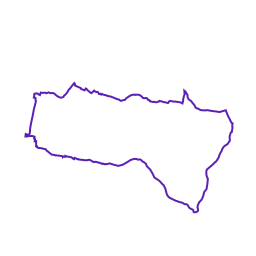 outline of Harseni, Brasov, Romania, rotated 291°
{"feature_id": "2599482B70771165019012", "entity_name": "Harseni", "entity_type": "district", "adm_level": 2, "iso_a3": "ROU", "parent_name": "Romania", "parent_adm1": "Brasov", "projection": "equal_earth", "projection_center": [25.04, 45.68], "detail": "fine", "context": "isolated", "style": "outline", "palette": "violet", "viewbox_px": 256, "rotation_deg": 291, "n_neighbors": 0, "source": "geoboundaries", "source_scale": "gbopen_adm2", "svg_char_len": 5562}
<svg xmlns="http://www.w3.org/2000/svg" viewBox="0 0 256 256"><g transform="rotate(291 128 128)"><path d="M169.8,224.0L169.9,223.0L171.3,221.2L173.0,219.5L174.8,217.3L179.6,212.9L175.6,207.6L175.3,205.6L173.8,199.5L173.1,195.7L172.1,193.8L171.1,190.7L170.8,189.6L171.1,186.9L171.1,184.3L171.7,183.3L172.6,182.5L173.6,181.1L174.3,179.5L175.7,177.5L176.3,175.1L176.6,174.2L178.4,172.4L180.0,171.8L182.6,168.5L183.0,167.2L179.9,168.7L179.1,168.8L178.6,168.8L177.5,168.8L176.6,169.0L176.1,169.0L175.5,169.1L174.8,169.2L173.8,169.5L172.9,169.8L172.2,169.9L171.3,169.9L170.5,170.0L170.7,168.3L170.7,167.4L170.4,166.5L170.2,165.4L170.1,164.6L169.8,163.7L169.6,162.5L169.3,161.8L168.9,160.8L168.7,159.7L168.6,158.6L168.5,157.8L168.2,157.3L167.2,156.7L165.9,156.6L165.6,156.3L165.5,155.1L165.3,153.2L165.1,152.9L165.0,152.1L164.8,151.3L165.0,150.2L164.9,149.6L164.6,148.5L164.3,148.2L164.5,147.5L164.0,147.2L162.8,146.3L162.4,145.6L161.9,144.3L162.0,143.4L161.6,142.7L161.4,142.5L161.4,142.1L161.1,141.4L161.0,140.7L161.1,139.7L160.8,138.7L161.5,138.3L161.6,137.0L161.6,136.1L162.4,135.6L162.6,134.7L162.3,133.7L161.6,132.3L161.4,131.2L162.3,129.5L162.7,128.3L162.9,126.8L162.8,125.5L162.3,124.6L161.9,123.3L161.4,122.8L161.5,122.0L161.2,121.5L160.3,119.9L159.7,119.1L158.7,118.3L158.0,117.6L157.4,117.3L155.3,115.8L154.7,115.5L153.2,115.1L152.3,113.5L150.9,111.9L150.7,111.3L151.4,109.3L151.1,108.6L151.1,108.4L151.1,108.0L151.1,107.8L151.0,107.2L151.2,106.7L151.1,105.9L151.1,104.8L151.2,104.2L151.2,102.8L151.1,101.8L151.2,100.8L151.2,100.3L151.0,99.6L150.8,98.8L150.6,98.1L150.8,97.8L150.6,96.9L150.7,96.7L150.8,96.3L150.5,95.6L150.6,94.8L150.4,94.3L150.3,92.4L150.5,91.7L150.4,91.5L149.9,91.3L150.1,90.8L149.8,90.8L149.5,90.1L149.6,89.5L149.3,88.7L150.5,87.5L150.7,86.6L150.5,86.3L150.2,84.4L150.8,82.9L148.3,81.8L147.5,81.4L147.4,80.7L149.0,76.1L149.4,75.7L149.8,74.5L147.6,73.9L147.7,70.0L148.4,69.4L148.5,64.8L148.7,63.4L149.9,62.9L150.7,61.8L149.5,61.3L147.7,60.8L146.7,60.4L144.6,59.9L143.9,59.6L142.9,59.1L142.0,58.9L140.5,58.7L140.1,58.6L139.3,58.4L138.4,58.2L137.4,57.8L136.6,57.6L136.3,57.3L135.6,56.9L134.6,56.6L134.0,56.6L133.9,56.6L133.0,55.6L132.2,54.4L132.1,54.1L132.3,50.8L132.4,50.5L132.7,49.5L133.0,48.8L133.5,47.4L133.8,46.6L133.7,45.8L133.7,45.4L133.7,45.2L133.6,44.9L132.9,43.6L132.8,43.4L132.7,43.2L132.8,41.2L132.7,40.9L132.4,40.7L131.4,39.5L131.2,39.3L131.3,39.1L131.3,38.7L131.2,37.8L131.2,37.6L130.8,37.0L130.5,36.5L130.2,35.6L130.0,35.0L129.9,34.7L129.8,34.4L129.8,33.9L129.1,33.9L127.2,34.0L127.3,32.3L127.5,32.0L127.7,31.7L127.7,31.3L127.7,30.6L127.6,30.2L127.3,29.8L126.8,29.3L126.8,29.1L126.6,28.9L126.6,28.7L126.4,28.4L122.6,29.2L123.0,30.7L122.7,30.9L122.2,31.2L121.0,31.6L120.6,32.1L120.1,32.4L119.5,32.5L118.9,32.6L117.1,32.8L116.0,33.0L113.6,33.2L112.5,33.3L111.3,33.5L104.3,34.8L102.5,35.0L100.3,35.4L97.0,35.9L92.1,36.9L87.5,38.3L87.3,38.2L86.5,37.7L85.8,37.2L85.6,36.9L85.7,36.4L85.7,35.7L85.7,35.3L85.8,35.1L85.8,34.7L84.8,34.9L83.3,35.3L83.4,35.7L83.5,35.9L83.7,36.2L83.9,36.7L84.1,37.1L84.7,37.8L85.0,38.3L85.1,38.6L85.3,39.0L85.5,39.8L85.7,40.2L85.8,40.5L86.2,41.4L86.2,41.7L86.3,42.1L86.3,42.5L86.4,43.1L86.4,43.8L85.1,43.9L85.0,44.4L84.3,44.4L84.2,44.6L84.2,45.3L82.2,45.6L82.8,46.9L82.5,47.0L81.8,47.2L80.8,47.7L80.2,48.0L78.5,48.6L78.6,48.9L78.6,49.0L78.3,49.4L78.0,50.1L77.7,50.4L77.5,50.1L77.2,51.4L77.2,51.6L77.4,52.2L77.5,52.3L77.6,52.6L77.9,53.5L78.0,53.7L78.1,54.6L78.4,57.7L78.7,58.3L78.7,58.5L78.5,59.0L77.6,60.5L77.4,61.2L77.4,61.6L77.1,62.2L75.8,66.5L76.2,67.8L76.5,68.7L76.5,69.3L76.4,69.4L76.5,69.7L76.4,70.2L76.8,70.8L77.0,71.8L77.4,73.4L77.9,75.6L78.2,77.4L77.7,77.6L77.9,77.7L78.1,78.2L78.3,78.4L78.4,78.9L78.5,79.2L78.5,79.5L78.6,79.8L79.5,79.5L79.5,80.9L79.6,81.3L79.7,82.1L79.8,82.6L80.0,83.4L80.2,84.6L80.2,84.9L80.3,85.2L80.3,85.7L80.0,87.7L79.7,87.7L79.6,88.9L81.0,89.0L80.9,90.8L80.8,92.5L81.1,92.5L81.2,93.6L81.2,94.1L81.3,94.7L81.4,94.9L81.6,95.8L82.5,99.3L83.0,100.9L84.1,102.6L84.3,102.9L84.4,103.2L84.4,103.6L84.4,104.0L84.5,104.4L84.4,105.0L84.3,105.4L84.2,105.8L84.0,107.2L83.8,107.8L84.2,108.2L84.2,108.8L84.3,109.2L84.9,109.9L85.0,110.7L85.0,111.8L85.2,112.6L85.1,112.9L85.2,113.7L85.4,114.0L85.4,114.5L85.3,115.1L85.3,115.6L85.4,116.2L85.2,116.6L85.7,117.2L85.6,117.3L85.6,117.7L85.7,118.3L85.8,118.8L85.8,119.0L86.2,119.5L86.3,119.8L86.2,119.9L86.2,120.0L86.2,120.4L88.4,123.7L88.6,127.8L89.1,132.2L89.6,133.2L92.0,136.4L95.8,139.5L99.1,141.9L100.8,144.1L101.4,145.0L102.1,147.0L102.0,148.6L102.7,149.8L103.0,151.0L102.8,151.7L102.0,153.3L101.9,154.6L101.1,157.4L100.8,157.8L99.1,159.2L97.1,163.7L93.8,167.8L91.5,170.1L91.2,170.5L90.1,175.5L89.9,176.3L87.7,180.7L87.4,181.7L85.0,184.4L79.9,188.1L78.4,190.2L77.8,191.7L77.2,198.4L77.4,203.5L77.7,205.0L77.7,205.7L77.2,208.0L77.8,210.1L77.7,210.8L77.4,211.4L75.6,213.6L75.3,214.3L75.0,216.2L75.0,217.7L74.7,218.3L73.0,219.5L73.5,221.1L74.0,221.9L75.6,223.0L76.8,222.8L78.6,221.5L79.0,221.2L80.8,220.9L84.0,221.0L86.8,222.2L88.5,222.5L89.4,222.6L92.9,222.5L94.3,222.1L96.1,222.2L98.0,222.9L99.3,223.2L102.4,222.5L104.1,222.2L109.0,220.8L109.6,220.4L111.0,218.9L112.6,217.9L115.4,216.7L117.1,216.5L118.1,216.8L119.6,217.7L121.5,218.7L123.6,219.9L127.4,221.6L127.8,222.0L129.4,222.5L131.7,223.0L133.8,223.2L136.4,223.0L138.1,223.3L138.7,223.3L139.2,223.5L140.6,223.6L141.5,223.5L143.7,223.8L145.4,224.4L146.0,224.7L148.5,226.6L149.4,226.9L150.3,227.0L152.0,227.5L152.8,227.6L156.0,226.1L157.5,225.8L160.6,225.6L161.6,226.4L162.5,226.0L163.1,226.0L165.5,225.5L168.0,224.3L169.8,224.0Z" fill="none" stroke="#5b21b6" stroke-width="2"/></g></svg>